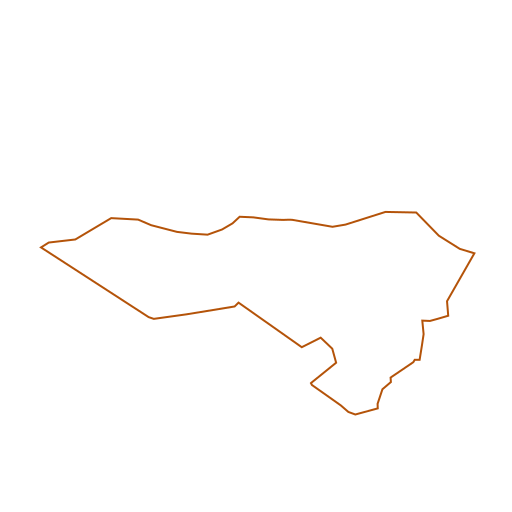 Oron, Cross River, Nigeria (Equal Earth projection), rotated 294°
{"feature_id": "59680162B48458945930175", "entity_name": "Oron", "entity_type": "district", "adm_level": 2, "iso_a3": "NGA", "parent_name": "Nigeria", "parent_adm1": "Cross River", "projection": "equal_earth", "projection_center": [8.234, 4.863], "detail": "fine", "context": "isolated", "style": "outline", "palette": "amber", "viewbox_px": 512, "rotation_deg": 294, "n_neighbors": 0, "source": "geoboundaries", "source_scale": "gbopen_adm2", "svg_char_len": 858}
<svg xmlns="http://www.w3.org/2000/svg" viewBox="0 0 512 512"><g transform="rotate(294 256 256)"><path d="M347.3,454.4L345.4,439.3L348.9,414.8L360.9,384.7L348.9,356.3L321.1,325.0L313.8,314.0L303.7,274.1L302.3,270.8L300.0,266.1L294.5,252.5L290.2,237.8L285.2,225.1L276.3,221.3L266.4,214.2L255.8,203.1L250.2,188.0L245.9,174.0L241.5,147.7L241.3,133.5L231.7,108.3L219.4,99.6L197.6,84.2L184.0,61.2L176.4,56.1L156.5,182.8L157.0,188.2L174.3,216.0L201.2,257.0L206.3,259.0L191.3,334.9L207.7,348.3L202.4,363.2L202.2,363.5L191.1,372.6L162.5,358.0L162.2,357.9L160.9,359.6L154.0,394.3L151.1,403.8L151.6,411.2L166.3,429.2L170.4,427.2L185.7,425.7L195.7,430.5L199.7,428.4L223.0,442.9L225.7,443.2L226.0,443.9L227.7,447.7L242.0,443.9L252.8,440.9L264.6,434.2L267.4,441.3L272.4,447.4L279.6,455.9L292.4,448.9L347.3,454.4Z" fill="none" stroke="#b45309" stroke-width="2"/></g></svg>